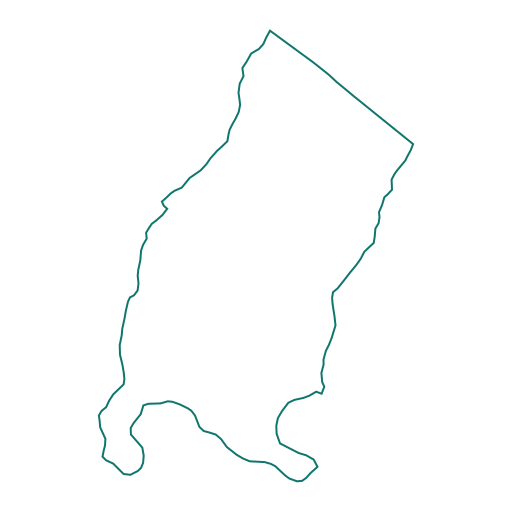 outline of Santa Isabel do Ivaí, Paraná, Brazil
{"feature_id": "56859067B87953523218993", "entity_name": "Santa Isabel do Ivaí", "entity_type": "district", "adm_level": 2, "iso_a3": "BRA", "parent_name": "Brazil", "parent_adm1": "Paraná", "projection": "robinson", "projection_center": [-53.253, -23.11], "detail": "fine", "context": "isolated", "style": "outline", "palette": "teal", "viewbox_px": 512, "rotation_deg": 0, "n_neighbors": 0, "source": "geoboundaries", "source_scale": "gbopen_adm2", "svg_char_len": 2124}
<svg xmlns="http://www.w3.org/2000/svg" viewBox="0 0 512 512"><path d="M310.4,473.2L317.5,466.8L313.6,459.5L306.2,455.3L298.6,453.0L280.0,443.4L276.6,433.7L276.3,425.9L277.9,418.1L282.0,411.1L288.3,402.8L294.4,399.9L303.5,397.9L309.5,395.6L316.2,391.7L321.6,393.7L324.3,386.7L322.2,382.1L321.4,373.0L323.6,364.5L323.5,359.6L325.9,350.8L329.0,344.7L331.7,337.8L335.5,325.4L334.4,315.6L332.6,304.2L332.1,297.7L333.0,292.2L337.5,288.5L344.6,279.6L350.0,272.6L356.3,265.0L360.7,258.8L364.3,251.8L369.3,247.0L373.7,243.0L374.7,236.8L375.4,228.5L378.6,223.2L379.5,217.2L379.0,212.2L382.0,205.2L384.4,197.2L387.7,194.3L392.0,189.7L391.6,179.6L394.3,174.4L397.0,170.5L401.1,165.6L405.2,160.7L407.4,156.3L410.8,150.0L413.1,144.1L353.4,95.9L340.4,85.1L336.6,82.0L329.0,74.9L324.5,71.3L313.4,62.5L270.0,30.7L266.3,37.4L263.3,44.1L258.9,49.0L251.2,53.5L246.6,61.7L242.4,68.0L243.5,76.2L239.7,83.7L238.5,92.8L239.4,98.7L240.1,105.0L238.7,112.0L235.7,118.4L232.5,124.0L229.6,129.8L228.5,134.5L227.4,141.2L221.7,146.7L217.1,150.8L210.4,158.4L206.3,164.3L200.7,170.3L189.6,178.0L181.8,187.6L174.5,190.8L170.9,193.3L166.1,197.9L161.9,201.6L163.8,205.8L167.2,208.8L162.6,214.8L156.8,220.0L151.7,223.9L149.0,228.0L146.1,232.7L146.7,238.6L143.1,244.8L141.1,250.5L140.3,260.4L138.3,269.7L137.7,275.7L138.5,283.4L137.6,290.5L134.0,295.3L130.0,297.4L128.0,301.6L125.9,310.6L124.6,318.1L122.2,329.2L121.7,335.5L119.7,345.1L120.0,354.8L122.3,364.2L123.7,372.2L124.4,379.1L123.6,384.4L113.3,394.3L109.2,400.6L106.1,407.2L101.5,411.0L98.9,415.5L99.6,420.7L100.2,427.4L105.4,438.8L105.0,445.6L103.8,450.2L102.5,456.7L106.1,460.3L113.2,463.6L123.6,474.0L130.4,474.8L137.8,471.0L141.0,467.9L143.1,462.9L143.7,455.6L142.3,447.6L130.9,434.5L130.7,428.0L133.6,423.1L140.7,414.2L143.4,405.4L148.3,403.8L160.6,403.4L167.8,401.3L172.5,401.8L179.8,404.4L187.8,408.3L191.4,410.8L195.0,415.5L199.4,426.9L203.7,431.0L208.6,432.3L215.7,434.5L221.1,439.1L226.9,447.1L236.7,454.8L243.0,458.5L249.7,461.3L264.7,462.1L270.9,463.9L275.3,466.2L285.0,475.3L289.3,478.5L297.0,481.3L302.2,480.8L306.2,477.9L310.4,473.2Z" fill="none" stroke="#0f766e" stroke-width="2"/></svg>